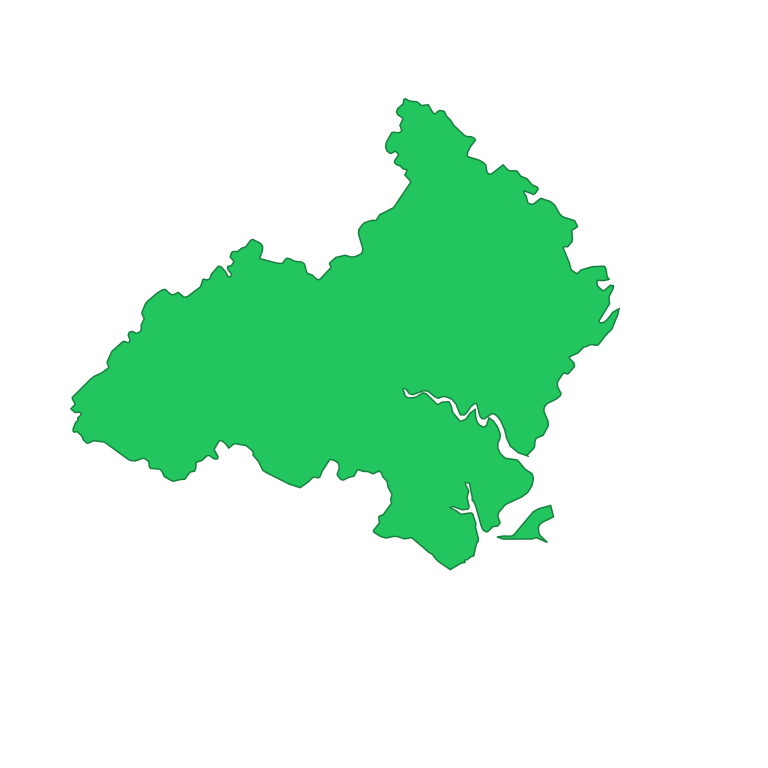 the border of Mykolayiv, rotated 314°
{"feature_id": "UKR-284", "entity_name": "Mykolayiv", "entity_type": "Region", "adm_level": 1, "iso_a3": "UKR", "parent_name": "Ukraine", "parent_adm1": "", "projection": "orthographic", "projection_center": [31.887, 47.325], "detail": "fine", "context": "isolated", "style": "filled", "palette": "green", "viewbox_px": 768, "rotation_deg": 314, "n_neighbors": 0, "source": "natural_earth", "source_scale": "10m", "svg_char_len": 6172}
<svg xmlns="http://www.w3.org/2000/svg" viewBox="0 0 768 768"><g transform="rotate(314 384 384)"><path d="M432.1,537.5L427.8,528.2L427.1,517.7L430.3,509.8L435.0,502.4L438.6,493.5L439.4,488.5L439.3,484.6L437.4,482.1L428.8,480.5L427.0,478.5L427.6,475.1L434.1,464.6L433.1,462.8L428.4,462.2L420.8,463.5L417.5,463.2L414.8,460.3L419.6,449.6L420.2,443.5L417.7,436.9L415.3,434.7L411.4,433.0L410.1,429.1L409.5,421.6L408.8,419.6L406.4,417.0L396.3,412.1L394.7,409.0L395.5,403.9L395.3,402.0L393.5,401.2L389.9,408.1L390.9,411.0L393.6,413.9L396.9,416.1L404.6,418.1L406.3,421.1L406.2,435.9L407.0,437.3L411.2,438.3L416.4,443.2L415.0,447.4L411.2,453.4L410.0,464.8L415.4,467.3L423.2,466.2L429.0,467.2L423.9,473.0L421.5,477.0L420.7,481.2L422.1,485.7L425.2,486.6L432.6,483.0L433.4,488.5L431.8,496.0L428.6,502.6L424.8,505.5L420.6,506.9L416.9,510.6L414.7,516.1L414.8,522.8L421.3,531.7L422.0,533.4L420.7,544.7L422.3,552.6L420.7,555.9L419.4,557.4L413.6,561.1L405.9,562.7L398.4,561.5L381.5,555.0L371.1,555.8L368.0,557.5L364.8,564.0L361.0,564.6L357.1,561.5L349.9,561.1L348.5,560.1L347.8,556.5L349.6,552.3L359.2,536.0L361.7,530.6L361.7,528.1L363.8,526.2L371.9,514.3L369.8,511.0L368.3,512.5L365.9,519.3L359.9,522.7L355.2,530.2L352.7,531.5L348.1,528.0L343.7,518.6L341.0,517.4L342.9,523.8L343.6,529.1L344.6,530.6L351.6,535.9L352.2,537.8L347.4,547.1L344.6,549.2L338.7,558.7L336.5,560.9L333.1,561.6L322.7,567.9L320.4,566.6L315.5,565.9L313.2,564.3L311.9,566.2L308.7,563.9L296.5,560.6L294.1,546.5L294.2,541.7L295.1,537.3L294.1,533.3L292.7,510.7L286.6,506.1L284.2,500.7L281.8,497.4L274.5,492.3L271.9,487.3L270.3,479.4L271.3,478.1L280.9,477.2L284.6,472.6L286.4,472.6L289.1,474.2L303.7,472.2L305.2,469.2L310.1,466.5L312.4,459.1L316.1,453.8L316.4,447.9L318.3,443.7L317.9,440.8L311.8,438.6L309.8,433.2L306.8,429.9L304.1,424.4L296.9,426.4L292.1,423.3L287.0,421.7L285.6,420.1L285.4,418.0L286.0,413.8L287.1,412.7L291.8,410.7L294.2,408.3L295.3,405.4L294.6,401.7L292.3,397.4L277.8,400.2L272.6,402.5L270.7,401.9L268.9,398.7L267.6,397.8L260.7,397.5L251.2,395.7L246.2,385.5L238.5,361.0L237.7,356.8L241.1,347.2L241.9,339.0L243.9,337.6L244.5,335.8L244.0,327.9L237.8,318.4L236.7,317.6L230.0,316.8L231.0,311.8L230.6,307.4L229.2,304.8L218.9,307.3L216.4,315.1L214.5,316.2L212.8,314.8L211.9,312.8L211.3,308.2L209.7,306.6L202.4,306.1L197.2,303.3L192.1,307.4L189.8,308.3L185.9,305.7L177.2,306.9L173.4,303.6L167.8,300.1L166.7,297.9L164.8,290.2L166.9,284.9L167.0,281.9L161.2,274.8L161.4,272.8L164.8,268.6L164.1,263.5L162.4,261.7L156.1,258.7L152.8,254.7L152.0,251.8L148.0,223.2L141.4,214.4L136.5,212.6L135.0,211.2L135.0,206.2L136.6,203.2L136.7,196.6L134.1,194.4L134.2,192.9L136.2,191.4L142.0,188.9L145.3,189.0L147.0,187.2L151.5,187.6L152.1,186.9L152.4,184.5L148.9,181.6L148.6,176.0L154.9,176.0L156.9,170.0L157.9,169.1L184.1,169.6L188.4,170.3L195.7,173.1L204.0,174.6L205.0,174.3L206.9,170.2L208.3,169.2L218.5,165.6L232.7,166.7L234.2,167.3L235.6,170.8L237.4,171.6L239.1,170.9L241.5,166.0L244.3,164.8L247.2,166.6L248.1,170.3L248.9,171.2L252.5,172.3L254.3,171.7L257.8,168.4L264.4,166.2L266.2,161.5L267.5,160.1L275.6,156.8L279.1,156.4L291.4,157.6L297.0,158.9L299.9,160.6L300.5,169.1L302.3,170.7L307.0,172.4L307.4,179.3L308.5,180.9L310.7,182.0L326.5,184.5L333.4,181.2L334.2,181.5L336.1,184.6L338.5,185.6L343.5,183.5L353.6,183.0L354.7,184.2L355.1,186.9L354.6,192.2L352.9,196.8L353.0,197.7L354.9,199.0L357.2,198.2L357.7,193.2L358.6,191.0L360.1,190.0L363.1,192.0L367.3,191.2L368.1,189.9L368.4,185.3L372.7,183.0L374.5,183.5L377.7,186.7L382.8,187.3L386.6,189.3L394.3,188.2L396.7,188.9L399.1,196.3L399.3,198.1L398.6,201.2L395.5,203.9L388.7,207.0L388.2,208.1L396.2,222.4L398.3,225.2L400.3,227.2L405.5,226.4L407.4,227.1L408.9,229.9L410.0,234.1L414.5,240.0L415.0,243.5L411.3,249.6L410.4,252.3L412.5,256.7L412.5,262.0L413.4,264.5L415.3,265.2L430.2,265.0L431.6,264.3L432.4,261.5L433.5,260.9L441.5,261.4L449.5,266.5L452.6,272.2L454.9,274.4L461.5,277.2L464.9,276.2L466.7,274.6L474.5,261.1L477.8,258.6L483.9,257.7L486.8,258.1L493.3,261.6L496.3,264.7L502.8,263.3L517.5,268.4L547.7,263.1L548.3,261.7L548.9,253.8L553.0,252.6L554.0,251.6L552.0,248.2L552.1,244.1L550.4,240.4L550.6,237.8L551.7,236.7L558.7,235.3L559.5,233.9L559.3,230.3L554.9,229.0L554.0,227.7L553.8,223.9L555.5,220.6L559.5,217.8L569.8,215.0L571.4,215.6L574.8,220.0L576.7,220.8L578.7,220.7L581.2,215.7L587.7,213.6L588.2,212.1L587.3,206.6L588.5,203.9L591.6,202.5L598.8,203.2L602.4,200.7L603.9,201.0L605.4,206.0L610.0,212.0L610.3,217.5L615.6,221.8L613.2,230.6L613.3,232.1L614.6,233.4L617.4,233.3L619.7,234.2L622.0,238.0L620.1,242.8L620.0,248.6L618.5,254.6L618.7,268.6L619.4,271.5L622.5,275.0L623.5,278.3L622.8,280.5L615.4,281.2L609.0,283.1L605.9,285.5L606.1,287.1L611.3,297.4L612.4,302.5L612.1,305.2L608.1,310.6L607.7,313.7L610.0,315.4L624.4,317.5L624.0,322.7L624.5,326.3L629.1,330.9L629.6,332.4L628.4,337.6L630.9,344.2L630.2,352.3L632.0,357.1L631.7,358.9L631.0,359.6L626.2,360.4L624.3,360.0L620.6,351.5L619.7,350.7L619.1,351.1L617.7,356.0L614.2,361.8L615.3,364.8L617.1,366.5L626.4,367.7L630.7,376.6L631.3,382.2L628.4,392.2L628.3,396.2L633.9,407.7L632.0,413.4L631.3,413.9L624.9,412.4L618.9,419.1L616.8,420.4L610.3,420.8L607.9,418.2L606.4,418.3L599.7,433.6L596.4,438.6L596.2,440.4L597.4,446.2L603.3,446.7L613.4,452.6L621.8,460.7L621.2,463.3L616.2,470.0L615.6,473.2L611.0,470.2L606.9,465.6L605.2,466.4L602.8,469.4L602.9,475.3L603.9,477.5L612.3,478.2L614.0,480.8L611.4,482.7L604.4,484.8L602.1,486.1L598.4,490.5L579.0,494.7L578.2,495.9L578.3,497.7L581.6,499.5L585.6,499.8L595.0,498.8L601.4,500.8L596.8,503.7L582.0,509.7L572.4,509.7L561.2,511.0L559.5,510.0L556.1,505.3L551.4,503.5L549.4,502.0L541.1,502.0L532.3,498.4L531.3,500.0L531.0,506.1L528.9,508.9L519.7,509.4L518.6,508.8L517.0,506.0L515.3,505.5L505.8,507.4L502.5,510.9L500.1,518.0L497.8,518.9L493.3,518.5L483.2,514.9L479.0,515.3L475.5,517.8L470.9,528.2L468.0,531.2L457.7,534.1L450.7,531.2L448.2,532.0L443.8,535.6L441.1,536.5L432.4,536.3L432.1,537.5ZM406.2,598.2L394.4,593.9L390.5,593.6L387.7,595.0L384.2,599.3L383.5,601.2L383.5,611.6L379.5,600.9L378.1,599.3L375.6,598.4L355.3,577.5L352.5,571.5L358.1,576.0L362.6,581.0L365.2,582.3L395.7,580.1L401.7,581.9L412.4,588.3L406.2,598.2Z" fill="#22c55e" stroke="#15803d" stroke-width="1.5"/></g></svg>